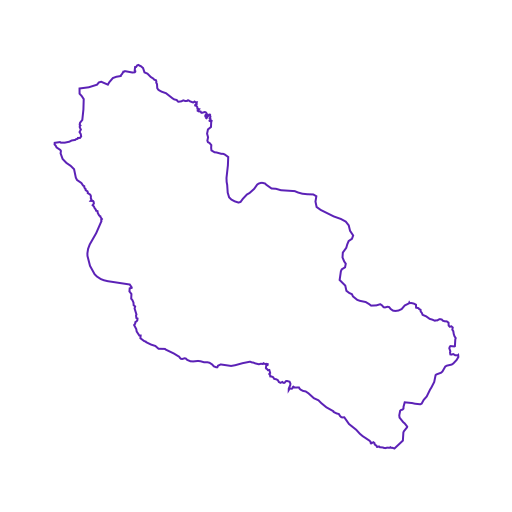 outline of Namor, Oudômxai, Laos, rotated 95°
{"feature_id": "54806243B14770946613819", "entity_name": "Namor", "entity_type": "district", "adm_level": 2, "iso_a3": "LAO", "parent_name": "Laos", "parent_adm1": "Oudômxai", "projection": "robinson", "projection_center": [101.708, 20.926], "detail": "fine", "context": "isolated", "style": "outline", "palette": "violet", "viewbox_px": 512, "rotation_deg": 95, "n_neighbors": 0, "source": "geoboundaries", "source_scale": "gbopen_adm2", "svg_char_len": 6043}
<svg xmlns="http://www.w3.org/2000/svg" viewBox="0 0 512 512"><g transform="rotate(95 256 256)"><path d="M337.0,46.0L337.4,46.4L337.5,48.9L336.5,51.0L337.2,52.7L337.1,53.8L335.2,54.3L334.0,54.1L331.0,55.4L329.5,55.0L328.8,54.5L328.8,50.5L328.5,50.0L321.6,50.2L320.4,49.9L318.6,51.3L316.5,52.2L313.7,52.9L312.3,54.0L310.1,53.8L309.0,55.3L309.6,56.8L308.5,58.0L305.6,58.4L304.5,60.3L304.6,62.2L304.2,64.2L303.1,65.4L302.9,66.9L303.0,67.8L304.4,69.9L304.5,71.4L304.9,72.1L304.0,74.9L303.5,77.5L301.3,81.2L300.1,84.9L298.3,85.8L296.9,87.1L295.2,87.4L294.7,88.8L293.8,89.6L293.5,92.0L290.6,92.4L289.7,94.5L289.3,97.0L289.5,98.8L289.0,99.2L289.8,99.4L292.3,103.5L296.2,106.3L297.9,109.3L298.6,112.3L298.5,114.7L297.1,117.2L295.3,118.9L295.1,120.5L296.0,123.0L295.9,124.4L294.2,126.2L293.2,128.0L294.7,131.8L295.4,137.0L294.0,139.2L292.3,142.7L291.6,148.6L290.9,151.3L287.8,155.9L285.7,157.1L284.7,159.9L282.8,162.9L277.7,164.5L272.6,170.6L263.8,170.1L261.8,169.4L259.5,166.3L255.9,165.9L253.7,167.7L249.9,169.7L245.0,169.8L240.0,166.8L236.4,166.1L233.0,165.0L230.5,161.9L227.1,161.0L222.7,164.5L217.4,166.3L213.9,169.6L211.7,174.7L209.8,182.0L204.5,195.5L201.9,199.9L196.6,201.5L191.2,201.1L189.7,204.3L190.0,210.4L189.9,215.3L189.1,219.6L188.0,223.1L188.3,236.9L187.3,242.0L187.4,246.4L184.1,252.0L183.0,253.3L182.6,255.7L182.7,257.4L183.6,259.6L184.7,261.0L189.3,263.7L193.8,267.9L195.5,270.4L200.2,274.1L203.5,276.1L204.3,278.1L203.4,282.0L201.9,285.5L199.9,287.9L195.4,289.7L187.7,290.9L184.8,291.7L180.9,292.2L168.2,291.9L159.8,292.3L157.6,296.0L157.1,297.5L157.2,299.6L156.3,304.4L156.3,306.3L154.7,309.6L152.2,310.1L149.4,310.2L147.5,312.1L146.8,313.8L145.3,314.5L141.9,314.1L138.4,315.4L134.1,314.9L131.4,312.1L126.8,312.3L125.2,312.0L124.9,312.6L125.6,313.6L125.5,314.0L125.1,314.1L124.2,313.2L123.2,313.4L122.9,314.1L121.3,313.5L120.3,314.0L119.4,314.0L119.1,314.3L119.2,315.0L123.1,317.3L123.0,317.6L121.4,317.8L121.5,318.5L120.9,318.8L119.9,318.5L119.3,317.0L117.5,318.2L117.0,319.5L118.1,322.4L118.0,323.0L116.9,323.8L116.9,325.8L116.4,326.7L114.7,325.5L114.4,327.2L112.9,327.4L111.7,328.3L111.4,329.7L111.0,329.8L110.2,329.2L109.7,328.3L108.8,328.6L108.0,328.4L108.1,329.6L107.5,330.7L108.5,331.8L108.5,332.3L107.6,335.4L106.8,336.9L106.9,337.6L107.5,338.1L107.8,339.9L107.3,342.0L108.4,343.8L109.1,346.7L108.8,347.4L107.5,348.6L107.1,351.2L106.2,352.9L101.7,359.8L100.5,364.4L99.4,366.9L98.8,367.9L97.4,369.0L93.4,369.6L92.0,370.5L90.7,370.5L89.6,371.0L89.3,372.6L88.2,373.8L86.8,376.5L83.8,380.0L82.8,383.1L78.6,384.9L76.7,387.6L76.7,388.3L75.9,389.7L76.4,390.9L78.2,392.0L78.3,392.9L81.7,393.0L82.4,392.3L83.1,392.4L83.6,392.9L84.0,395.1L83.3,402.2L83.3,402.8L84.0,403.6L83.9,404.2L86.0,405.1L87.8,406.3L88.5,406.4L89.6,410.7L91.2,414.1L95.8,417.4L98.2,418.5L95.9,425.4L96.8,427.7L99.2,429.3L102.5,437.3L104.5,446.4L109.7,445.9L111.8,443.6L114.7,441.3L125.2,440.7L135.6,440.9L138.6,442.9L140.3,443.1L141.3,442.3L141.9,442.9L143.1,442.8L145.3,441.5L147.9,442.6L149.8,441.2L152.1,440.6L153.7,441.6L153.9,443.7L154.8,444.0L155.4,445.6L156.1,446.2L157.0,449.7L158.4,451.9L159.8,456.5L160.1,460.3L159.6,461.2L160.8,466.4L162.4,466.4L163.9,464.9L165.2,464.2L167.4,460.2L167.9,459.8L168.4,459.5L170.8,459.6L176.2,457.1L179.8,453.0L182.4,448.4L185.4,444.8L193.7,442.3L195.9,440.9L198.5,436.3L200.9,434.4L201.4,433.2L202.6,433.0L203.7,432.3L204.1,431.6L205.3,431.4L206.3,429.5L207.2,429.1L208.0,429.1L209.3,426.5L210.7,425.7L212.8,425.6L214.1,424.8L215.5,425.6L215.4,423.1L216.1,422.5L217.9,422.1L219.6,423.2L220.8,421.8L222.6,420.8L223.6,419.7L224.8,419.3L225.1,417.8L226.9,417.4L229.0,416.0L229.7,415.3L230.0,414.5L231.0,414.2L232.6,412.7L233.5,413.4L234.7,413.0L247.2,417.2L258.9,422.6L263.5,423.9L268.0,424.2L270.6,423.9L280.3,420.5L288.2,415.2L290.3,412.7L292.5,408.6L293.4,405.5L294.0,401.6L295.4,379.3L298.1,377.1L298.6,377.1L299.2,379.0L302.3,379.0L304.7,376.8L309.4,376.6L310.7,375.3L313.1,374.0L315.7,373.6L316.8,372.0L318.8,372.4L324.7,370.0L325.5,370.3L326.9,370.1L328.3,369.7L328.6,368.6L330.3,368.6L331.4,369.2L332.3,370.4L334.0,370.5L335.4,371.4L339.3,368.9L341.6,368.3L345.4,365.3L345.3,364.0L348.0,364.0L350.5,360.0L350.9,358.3L351.4,358.0L353.4,352.8L354.4,348.4L356.9,345.0L356.5,338.6L357.1,337.8L360.3,329.3L362.3,325.3L363.0,323.8L364.4,322.6L365.0,321.7L365.0,320.4L364.1,318.2L364.3,316.9L365.5,315.5L366.6,312.1L366.5,309.3L365.6,304.6L365.7,302.0L366.4,298.4L366.1,295.1L366.4,293.0L367.9,290.2L369.6,288.4L370.3,286.0L370.2,284.8L368.6,284.3L367.1,281.7L367.7,271.2L366.6,267.2L363.9,259.9L361.8,252.7L362.4,250.7L362.4,249.3L363.0,247.6L363.6,243.7L362.9,241.7L363.0,239.7L362.2,239.2L362.9,237.2L362.5,236.4L362.7,234.9L363.5,234.9L364.2,236.2L366.7,236.4L367.3,236.0L367.8,234.9L368.7,234.2L368.4,232.8L371.3,231.7L372.4,232.5L373.7,231.4L374.7,231.3L374.8,229.6L375.3,228.3L376.8,227.2L377.1,224.9L377.9,223.3L379.5,222.3L380.2,220.6L379.2,218.7L379.7,218.3L380.0,217.3L379.8,216.5L378.0,215.2L377.8,214.2L378.3,211.6L380.1,210.6L381.5,210.6L385.2,211.8L386.7,211.7L385.1,210.9L385.1,208.7L384.1,207.8L383.4,207.9L382.9,207.4L383.7,206.0L383.2,201.8L384.5,200.9L385.3,199.8L386.3,197.4L386.6,194.7L388.2,191.8L392.6,186.0L394.3,181.2L396.9,178.1L400.6,172.7L403.9,165.4L404.6,165.1L405.8,162.0L406.2,159.7L408.1,158.3L409.1,157.0L409.3,156.0L409.0,154.0L415.3,148.7L420.4,141.0L424.0,137.1L426.2,134.0L430.1,126.8L431.2,125.6L432.2,125.5L432.7,125.0L431.3,122.8L432.2,121.6L433.0,121.5L433.9,120.7L434.4,119.5L435.6,118.9L435.6,118.2L435.0,116.9L435.7,116.0L435.7,112.8L436.0,112.1L436.1,110.3L435.5,108.7L435.4,106.3L434.8,105.4L435.3,104.8L435.2,103.4L435.7,101.3L427.1,93.6L418.9,93.8L417.7,93.4L413.5,90.6L412.8,90.5L409.8,93.3L408.7,94.9L404.5,98.9L402.2,99.4L397.6,98.9L396.7,98.0L396.3,96.7L395.2,95.8L393.3,95.9L388.8,95.1L388.9,87.6L389.3,84.8L389.4,79.4L388.6,78.1L384.7,76.4L381.1,73.7L373.8,70.9L371.9,69.9L366.0,67.5L359.0,66.7L358.3,66.0L356.1,61.4L354.8,60.2L349.6,57.8L348.6,56.3L347.1,51.6L345.9,50.1L342.1,47.1L339.0,45.6L337.0,46.0Z" fill="none" stroke="#5b21b6" stroke-width="2"/></g></svg>